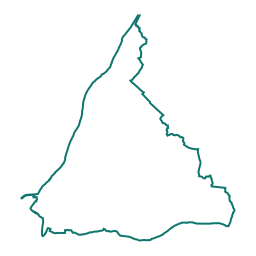 Mahajanga I, Boeny, Madagascar
{"feature_id": "10022922B60996293868186", "entity_name": "Mahajanga I", "entity_type": "district", "adm_level": 2, "iso_a3": "MDG", "parent_name": "Madagascar", "parent_adm1": "Boeny", "projection": "albers", "projection_center": [46.344, -15.68], "detail": "fine", "context": "isolated", "style": "outline", "palette": "teal", "viewbox_px": 256, "rotation_deg": 0, "n_neighbors": 0, "source": "geoboundaries", "source_scale": "gbopen_adm2", "svg_char_len": 5799}
<svg xmlns="http://www.w3.org/2000/svg" viewBox="0 0 256 256"><path d="M167.1,231.4L170.5,228.5L174.9,225.6L176.6,224.9L179.2,223.6L180.0,223.6L181.5,222.8L183.0,222.6L185.8,222.6L186.9,222.9L188.6,222.3L192.8,222.3L193.7,222.9L197.1,223.6L209.6,223.7L212.8,223.3L219.2,223.2L222.0,224.0L224.5,224.9L226.1,226.0L228.4,226.2L230.4,222.1L231.0,218.8L232.1,216.6L232.2,215.0L232.8,214.1L233.1,212.5L234.0,211.7L234.4,210.5L234.5,210.4L234.4,209.9L234.2,209.3L233.8,208.8L233.2,207.7L233.0,206.6L232.7,206.1L232.6,205.3L231.8,204.1L231.6,202.7L230.3,201.7L229.6,200.1L229.3,197.0L229.7,196.7L229.6,196.3L229.6,196.1L229.2,195.2L228.1,194.3L227.5,193.0L226.8,192.5L225.7,192.2L225.2,191.7L225.3,187.9L211.7,186.4L211.7,185.7L211.5,184.8L212.2,184.5L212.6,183.5L212.6,183.0L212.3,182.0L212.2,181.5L211.8,180.6L211.6,180.0L211.6,178.9L211.5,178.5L211.3,178.1L210.8,177.7L210.7,176.8L210.6,176.5L210.5,175.6L210.2,175.5L209.8,175.6L209.1,176.1L208.8,176.5L208.4,176.7L207.8,176.5L206.0,176.5L205.7,177.0L205.7,177.6L204.9,178.4L204.1,178.4L203.5,178.1L202.3,177.1L201.3,176.6L200.4,176.4L199.7,176.4L199.0,176.1L199.2,174.8L198.5,172.3L198.5,171.8L199.1,168.8L200.3,164.3L200.5,162.8L200.4,161.7L200.2,160.7L199.5,159.5L199.3,158.4L198.6,155.5L198.5,154.6L198.0,153.2L197.9,150.8L198.1,149.1L195.6,149.3L191.3,148.5L189.3,147.9L186.7,146.6L183.9,144.6L184.4,143.2L184.1,142.5L183.3,141.8L183.2,141.2L182.9,141.0L183.2,139.6L183.4,138.5L183.3,138.0L182.2,137.2L181.6,137.1L180.7,137.3L180.2,137.2L179.8,136.8L179.5,136.2L178.9,135.7L178.2,135.5L177.6,135.0L176.6,134.8L175.8,135.2L175.4,135.3L174.7,135.1L173.6,135.1L173.3,134.7L173.0,134.7L172.2,133.9L170.5,134.2L169.9,134.4L169.5,134.9L168.8,135.2L168.0,135.2L167.5,135.0L167.3,135.3L166.7,134.1L166.9,133.4L167.2,132.9L167.4,132.4L167.4,131.9L167.1,131.0L166.7,130.7L166.7,130.0L166.9,128.5L167.4,128.5L167.8,128.5L168.1,128.0L168.0,126.5L167.8,125.5L167.3,125.7L165.9,124.8L165.7,124.3L164.9,123.5L163.7,123.2L162.9,123.2L162.5,122.8L161.8,121.1L161.1,120.3L160.4,119.2L160.4,118.5L160.9,117.3L161.5,116.8L162.1,116.1L163.3,115.2L162.6,114.5L158.8,111.1L150.0,103.0L150.0,101.9L148.7,100.7L142.3,94.0L143.7,92.6L143.8,92.4L143.3,92.3L140.1,89.6L137.2,86.8L131.5,81.9L130.4,80.6L130.8,80.4L131.3,80.4L131.9,80.0L133.1,78.8L133.3,78.4L134.1,77.6L134.1,77.3L134.3,77.0L134.9,76.6L135.0,76.3L135.9,75.7L137.2,74.1L138.4,73.3L139.4,71.0L140.0,70.3L140.2,69.7L141.2,68.7L141.6,68.0L141.7,67.5L142.0,67.0L142.0,66.5L142.9,64.8L140.5,61.4L140.2,60.5L139.5,59.6L138.4,58.3L139.4,57.9L139.8,57.8L140.9,57.3L140.9,56.8L140.9,56.3L141.1,55.7L141.0,54.5L141.2,53.7L141.2,52.1L140.9,51.7L140.6,50.8L140.6,50.4L140.0,49.3L140.0,48.7L140.2,47.7L141.0,47.3L141.2,46.8L141.3,46.3L141.5,46.0L142.0,45.8L143.0,45.0L144.5,44.1L145.8,43.7L146.2,43.4L146.2,43.1L146.4,40.3L146.6,39.5L145.7,39.2L145.0,38.2L144.9,37.7L143.1,37.3L142.0,35.9L141.8,35.0L141.7,34.0L141.5,33.2L140.8,32.7L140.4,32.0L139.5,31.3L139.8,30.7L139.3,30.2L139.2,29.9L139.7,28.9L139.7,28.2L139.1,28.2L138.8,27.6L138.4,27.7L138.2,27.5L138.2,27.2L137.8,27.0L137.6,26.7L137.7,26.3L137.3,26.2L137.2,25.9L136.4,25.8L136.4,25.4L136.0,25.3L136.0,24.6L135.3,24.2L139.6,15.5L138.0,15.4L130.6,27.4L124.3,35.4L122.9,36.8L121.9,39.2L122.1,40.2L120.9,43.9L119.1,47.2L118.0,50.2L113.4,58.2L112.7,59.7L111.7,62.8L110.8,65.0L110.2,67.0L109.1,68.3L108.7,68.6L106.6,71.2L105.2,72.5L103.5,73.8L102.2,74.2L101.7,74.7L101.3,75.7L100.7,76.4L98.8,77.8L98.0,78.2L97.0,78.9L96.0,79.8L94.7,81.3L93.6,82.0L92.8,82.7L90.2,86.7L87.7,90.2L85.8,93.9L84.8,96.8L83.4,101.6L83.2,102.8L82.6,109.1L82.1,111.3L82.1,113.9L81.4,117.1L79.9,121.5L79.8,122.2L79.4,123.7L78.5,126.3L77.7,127.2L77.3,128.1L75.6,130.6L74.3,132.6L73.2,136.0L72.3,137.5L71.3,139.6L70.3,141.5L68.0,148.0L67.5,150.0L65.8,155.3L65.4,156.8L65.1,157.3L65.3,158.1L65.0,160.1L63.9,162.8L61.4,166.2L60.2,167.7L58.6,169.3L57.1,170.6L56.5,171.4L55.2,172.1L54.9,173.1L51.6,176.3L51.3,176.9L51.2,177.7L49.9,178.8L49.9,179.5L49.2,179.7L49.1,180.4L48.7,180.9L47.1,182.0L44.9,184.3L44.1,184.8L41.9,187.0L41.3,188.3L40.7,188.9L37.9,194.0L36.7,194.2L28.3,194.7L25.9,195.0L24.6,195.5L23.2,196.5L21.5,198.1L21.9,198.4L24.3,196.4L25.8,195.6L26.7,195.3L30.8,195.0L34.3,194.8L34.4,195.9L33.9,196.5L34.0,196.9L33.9,197.1L33.4,197.1L33.5,197.4L36.8,197.2L36.8,198.0L37.0,198.7L37.0,199.1L36.7,199.4L36.7,199.9L36.4,200.3L36.4,200.6L36.0,200.7L35.9,200.8L36.0,201.3L35.5,201.2L35.2,201.6L31.5,206.5L30.6,208.2L30.6,208.9L32.1,210.7L32.4,210.9L32.5,210.8L32.9,211.2L33.2,211.7L34.7,211.7L34.8,211.7L35.2,212.1L34.8,212.6L35.8,213.4L36.3,213.0L36.9,213.0L37.6,214.0L38.2,214.1L38.4,214.3L38.5,215.1L38.8,215.5L39.0,215.5L39.6,216.3L40.4,217.0L40.8,217.0L42.7,218.3L42.9,218.3L43.1,221.1L43.2,221.6L43.1,222.5L42.5,226.3L41.9,231.2L42.0,234.8L42.3,235.7L42.7,236.1L43.0,236.1L43.4,235.8L45.3,233.8L45.2,233.5L45.5,233.4L47.8,228.2L49.6,228.5L50.5,228.9L49.7,231.0L52.5,232.2L52.6,232.4L54.3,233.1L56.8,233.1L57.0,232.9L64.8,233.0L64.8,232.5L65.0,232.3L65.1,231.6L65.0,230.2L66.2,230.1L66.6,229.9L67.0,229.9L68.6,230.2L70.9,230.2L71.4,230.4L71.9,231.6L72.3,231.9L73.0,232.8L73.7,232.6L74.7,232.6L77.7,234.1L78.6,234.7L80.8,234.8L82.0,234.3L83.9,234.3L86.3,233.7L89.0,232.8L89.8,232.3L92.0,232.3L93.8,231.7L97.4,231.5L100.7,230.7L101.8,230.7L102.9,230.2L103.8,229.6L103.9,228.9L104.5,229.2L105.5,229.9L106.1,230.7L107.3,231.2L108.3,231.2L109.1,231.0L110.3,231.8L111.3,231.5L115.2,230.9L116.9,231.5L119.0,234.4L120.3,235.7L129.0,236.7L130.5,237.2L134.0,238.8L135.5,239.3L136.4,239.3L139.8,240.6L142.9,240.0L145.4,240.0L145.7,240.2L146.5,240.3L147.0,240.3L147.3,240.1L148.1,240.2L149.8,240.1L150.9,239.7L151.4,238.9L152.6,238.7L154.3,238.1L157.5,236.8L158.2,236.6L160.6,235.7L161.5,235.1L162.5,234.8L162.9,234.2L163.7,233.8L164.0,233.3L167.1,231.4Z" fill="none" stroke="#0f766e" stroke-width="2"/></svg>